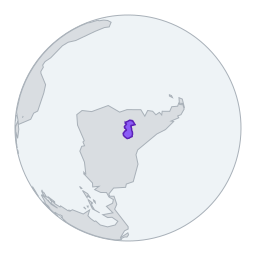 Paraguay highlighted on a globe, orthographic projection, rotated 231°
{"feature_id": "PRY", "entity_name": "Paraguay", "entity_type": "country or territory", "adm_level": 0, "iso_a3": "PRY", "parent_name": "South America", "parent_adm1": "", "projection": "orthographic", "projection_center": [-57.583, -23.42], "detail": "fine", "context": "on_globe", "style": "filled", "palette": "violet", "viewbox_px": 256, "rotation_deg": 231, "n_neighbors": 0, "source": "natural_earth", "source_scale": "50m", "svg_char_len": 5890}
<svg xmlns="http://www.w3.org/2000/svg" viewBox="0 0 256 256"><g transform="rotate(231 128 128)"><circle cx="128" cy="128" r="113" fill="#eef3f6" stroke="#a8b0b8"/><path d="M97.6,19.5L95.3,20.2L93.0,21.0L101.1,19.9L100.0,20.8L101.2,21.5L103.4,20.5L103.3,19.7L107.8,18.4L107.2,17.9L108.9,17.5L109.7,17.0L113.4,16.5L116.7,16.4L116.2,16.8L117.6,16.9L121.2,16.2L123.4,17.2L130.1,18.4L130.3,18.9L124.9,19.9L117.0,20.3L110.0,22.8L118.4,20.7L118.7,22.6L120.3,22.9L122.6,22.7L124.1,21.9L125.0,22.6L116.9,24.6L116.0,24.0L118.6,23.3L114.8,23.6L109.4,25.5L109.9,26.6L101.2,29.4L101.5,30.3L99.7,31.6L99.9,29.9L99.5,33.3L89.3,39.1L88.5,46.6L85.0,41.6L81.2,41.9L76.4,43.2L76.1,44.4L70.1,45.4L64.0,49.9L60.7,57.0L61.9,61.4L68.7,59.4L71.2,55.8L76.5,53.8L71.6,62.9L80.7,61.9L79.2,68.7L81.6,71.6L86.4,69.8L91.3,70.7L95.1,66.2L101.1,63.3L100.9,68.8L104.4,63.5L107.6,65.8L119.7,64.9L118.7,66.2L128.9,72.7L140.3,76.0L142.9,80.5L141.5,83.1L145.5,84.2L145.6,86.0L162.0,90.6L170.6,96.6L170.5,103.3L163.6,110.1L157.9,126.8L145.6,131.5L142.9,138.8L134.1,149.5L126.6,148.5L129.2,154.3L125.5,157.7L120.7,158.0L120.4,162.2L116.9,162.4L119.5,165.1L114.7,170.9L117.0,175.4L113.7,180.3L115.4,183.0L113.8,183.0L112.4,184.2L112.6,185.7L107.4,183.6L105.0,177.5L106.1,174.2L104.0,173.9L106.3,165.8L104.3,167.5L103.2,156.1L105.2,146.7L104.9,121.8L102.2,117.4L93.6,113.0L83.0,98.3L85.5,91.4L83.4,88.8L90.4,79.0L88.8,71.6L86.4,70.9L83.8,74.2L75.8,71.3L73.3,66.5L51.2,66.0L49.4,64.5L50.3,60.6L47.5,52.9L46.6,61.9L44.6,61.2L43.9,58.6L45.4,56.9L46.5,52.7L45.4,52.6L49.0,47.7L51.3,45.6L58.0,39.7L65.2,34.5L72.9,29.8L80.8,25.7L89.1,22.3L97.6,19.5ZM87.5,49.5L97.8,51.9L91.5,53.4L92.8,52.4L90.2,51.1L85.4,50.5L79.9,52.6L87.5,49.5ZM93.2,44.2L91.3,44.2L93.2,43.9L93.2,44.2ZM107.5,17.4L108.6,17.2L107.9,17.3L107.5,17.4ZM106.9,17.4L105.4,17.7L104.8,17.8L105.8,17.6L106.9,17.4ZM107.8,17.2L108.9,17.0L104.1,17.9L103.2,18.1L107.8,17.2ZM116.3,188.4L108.0,184.5L112.5,186.2L114.9,183.5L119.5,186.7L116.3,188.4ZM123.6,181.7L126.8,180.3L127.8,181.1L125.8,182.2L123.6,181.7ZM201.4,42.6L199.7,41.4L202.4,45.9L200.1,45.1L195.7,42.3L189.4,35.7L195.3,38.3L193.1,36.4L187.4,32.6L189.7,33.9L188.1,32.8L189.8,33.8L201.4,42.6ZM235.2,162.6L233.9,164.7L230.7,172.4L229.5,173.0L227.2,177.0L224.3,179.9L220.8,181.4L218.4,177.0L220.9,172.9L223.8,163.3L228.9,142.4L232.3,135.5L233.2,128.8L231.2,112.1L231.8,105.3L230.6,101.3L228.5,100.4L226.8,95.8L225.2,94.7L213.5,91.2L208.3,84.7L198.0,68.5L198.9,64.0L196.0,57.9L199.7,45.1L203.8,47.7L210.5,51.4L211.9,52.9L214.8,56.5L221.2,64.7L225.3,71.3L229.1,78.3L232.3,85.5L235.0,92.9L237.2,100.4L238.9,108.1L240.0,115.9L240.6,123.8L240.6,131.6L240.1,139.5L239.0,147.3L237.4,155.0L235.2,162.6ZM202.4,52.4L203.2,53.9L203.2,54.0L202.4,52.4ZM120.1,64.8L121.5,65.9L119.6,65.9L120.1,64.8ZM90.3,55.5L92.6,55.3L93.8,55.9L92.0,56.4L90.3,55.5ZM110.3,53.3L113.1,53.6L110.1,54.2L110.3,53.3ZM99.5,52.3L108.1,53.3L102.4,55.3L97.0,54.8L100.8,53.9L99.5,52.3ZM91.6,47.0L93.0,47.1L92.4,48.0L91.6,47.0ZM94.5,44.0L93.9,44.1L93.3,43.6L94.5,44.0ZM119.1,22.5L119.8,22.3L122.0,22.3L120.8,22.7L119.1,22.5ZM132.9,21.0L134.1,22.2L132.4,21.4L130.9,22.0L125.6,21.3L130.1,19.2L129.0,20.2L132.9,21.0ZM119.7,20.3L122.6,20.6L119.2,20.3L119.7,20.3ZM177.3,26.7L179.4,27.8L180.9,28.6L179.4,28.1L177.3,26.8L177.3,26.7ZM187.7,32.5L184.7,30.9L184.9,30.9L182.9,29.7L182.2,29.3L187.7,32.5ZM124.3,15.4L122.7,15.5L119.9,15.7L124.3,15.4ZM119.8,15.7L121.8,15.7L118.3,15.9L120.1,16.0L113.7,16.3L110.7,16.7L114.8,16.1L115.1,16.1L119.8,15.7ZM142.4,16.3L141.2,16.3L141.8,16.8L136.9,16.2L133.2,15.6L131.2,15.4L142.4,16.3ZM205.6,46.4L205.9,46.6L208.5,49.3L207.8,48.6L205.6,46.4ZM204.8,45.6L205.7,46.4L204.2,45.1L204.0,44.9L204.8,45.6ZM228.0,179.9L228.1,179.7L228.0,179.9Z" fill="#d9dde1" stroke="#a8b0b8" stroke-width="1"/><path d="M126.9,121.6L127.0,121.7L127.0,121.9L127.1,122.0L127.2,122.3L127.3,122.6L127.4,122.8L127.4,123.0L127.5,123.1L127.6,123.5L127.4,123.8L127.5,123.9L127.4,124.1L127.4,124.3L127.4,124.5L127.3,124.8L127.4,125.0L127.3,125.3L127.5,125.5L127.7,125.4L127.9,125.5L128.0,125.6L128.3,125.6L128.5,125.6L128.8,125.6L129.0,125.7L129.3,125.7L129.5,125.7L129.8,125.6L129.9,125.4L130.1,125.4L130.2,125.6L130.4,125.7L130.5,125.8L130.8,125.8L131.1,125.8L131.3,126.0L131.4,126.4L131.5,126.5L131.5,126.8L131.5,127.0L131.6,127.4L131.7,127.5L131.7,127.8L131.7,128.0L131.7,128.3L131.8,128.6L131.8,128.8L131.9,129.1L132.0,129.2L132.3,129.2L132.5,129.2L132.8,129.1L133.0,129.0L133.1,128.9L133.3,128.8L133.5,128.9L133.6,129.0L133.8,129.1L134.0,129.3L133.9,129.3L133.9,129.5L133.9,129.8L133.8,130.2L133.7,130.9L133.6,131.3L133.5,131.6L133.3,132.0L133.3,132.3L133.2,133.1L133.1,133.7L133.0,134.2L132.8,134.4L132.7,134.4L132.6,134.5L132.4,134.8L132.2,135.0L131.9,135.0L131.7,135.2L131.6,135.3L131.5,135.5L131.4,135.8L131.1,135.9L130.8,135.7L130.6,135.7L130.3,135.8L130.2,135.9L130.1,136.1L129.9,136.0L129.7,136.0L129.4,136.0L129.2,135.9L128.8,136.0L128.3,135.9L127.6,135.7L127.0,135.6L126.2,135.7L126.1,135.4L126.3,135.2L126.5,134.9L126.7,134.7L126.8,134.6L126.8,134.4L126.9,134.2L126.9,133.8L126.9,133.7L127.0,133.6L127.1,133.4L127.4,133.2L127.5,133.1L127.5,132.9L127.6,132.6L127.7,132.4L127.9,132.3L128.0,132.2L128.0,131.9L127.9,131.8L127.6,131.4L127.3,131.2L127.0,131.1L126.8,131.0L126.7,131.1L126.5,130.9L126.3,130.8L126.0,130.7L125.1,130.3L124.8,130.1L124.7,129.9L124.4,129.7L123.9,129.4L123.5,129.2L123.2,129.2L122.8,129.1L122.1,128.9L121.8,128.7L121.7,128.5L121.5,128.4L121.1,128.2L120.9,128.0L120.8,127.9L120.6,127.8L120.4,127.6L120.1,127.4L119.9,127.0L119.6,126.5L119.3,126.2L119.0,126.1L118.8,125.9L118.8,125.7L118.9,125.3L119.1,124.8L119.2,124.2L119.4,123.5L119.4,123.0L119.4,122.5L119.6,122.1L119.8,121.8L120.0,121.5L120.2,121.0L120.3,120.7L120.7,120.6L121.5,120.4L121.9,120.3L122.7,120.1L123.5,119.9L124.4,119.9L125.2,119.9L125.9,120.3L126.3,120.6L126.9,120.9L126.9,121.0L127.0,121.3L126.9,121.6Z" fill="#8b5cf6" stroke="#5b21b6" stroke-width="1.5"/></g></svg>